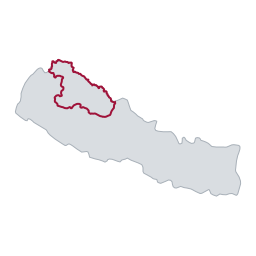 Nepal, with Karnali highlighted
{"feature_id": "NPL-1126", "entity_name": "Karnali", "entity_type": "Administrative Zone", "adm_level": 1, "iso_a3": "NPL", "parent_name": "Nepal", "parent_adm1": "", "projection": "natural_earth1", "projection_center": [82.262, 29.569], "detail": "fine", "context": "in_parent", "style": "outline", "palette": "rose", "viewbox_px": 256, "rotation_deg": 0, "n_neighbors": 0, "source": "natural_earth", "source_scale": "10m", "svg_char_len": 6324}
<svg xmlns="http://www.w3.org/2000/svg" viewBox="0 0 256 256"><path d="M238.7,145.4L239.8,146.3L240.0,147.8L239.8,149.5L238.7,153.0L237.7,155.6L236.5,160.9L235.5,170.1L235.8,171.7L239.1,177.0L240.5,181.1L240.6,183.8L239.3,188.5L237.8,193.7L237.0,194.9L236.2,195.3L232.1,193.5L229.3,193.7L226.1,194.8L222.7,194.6L219.9,194.0L216.5,196.1L213.1,194.9L210.9,193.6L209.4,190.0L208.8,189.5L201.8,193.3L200.1,193.5L195.7,191.5L192.1,189.5L190.7,188.9L187.3,188.1L184.1,187.6L180.7,186.4L176.5,188.0L174.8,187.9L173.2,186.7L172.4,184.2L172.1,181.9L170.7,180.3L168.5,180.0L165.4,181.4L160.8,183.3L159.4,183.0L158.0,182.4L157.5,181.9L156.9,179.7L156.1,179.3L155.1,179.2L153.2,178.7L150.9,177.0L143.9,173.2L143.0,171.5L143.0,167.8L142.6,166.2L141.7,164.6L138.1,162.9L131.1,160.2L127.3,158.1L125.4,159.1L121.9,160.0L120.0,161.9L117.7,161.3L112.3,159.3L109.4,159.0L107.6,159.7L107.2,160.8L105.0,162.1L102.9,161.1L98.8,159.7L95.1,158.9L89.6,157.2L89.0,154.6L88.0,152.0L86.7,151.5L81.7,152.1L77.2,149.2L72.3,145.6L70.3,144.4L68.9,143.9L67.7,144.4L66.4,145.3L65.1,145.5L62.5,143.9L59.1,141.7L55.0,139.0L50.1,135.1L48.1,133.0L47.2,131.3L46.2,129.8L42.0,127.3L38.7,125.3L34.7,122.9L34.0,122.5L32.5,121.0L30.1,119.2L28.2,118.7L27.6,119.7L27.1,120.7L25.5,120.5L22.9,118.7L20.2,116.8L18.1,115.0L15.9,113.2L15.4,111.8L16.3,107.7L17.6,104.1L18.7,103.3L20.4,101.0L21.1,96.8L21.1,93.3L22.8,88.3L25.2,83.0L29.3,77.3L31.0,75.4L33.0,74.1L36.8,69.9L37.5,69.2L39.2,68.2L40.8,67.9L42.0,68.4L43.2,70.6L44.8,72.7L46.6,72.6L48.7,70.8L53.2,62.6L59.4,60.9L65.3,61.8L70.5,63.0L72.0,65.7L73.0,68.6L73.7,70.1L75.4,71.8L82.7,75.9L86.9,79.6L92.8,84.6L97.2,86.7L101.1,86.9L103.4,88.9L106.7,92.8L109.5,97.2L113.0,101.3L115.4,101.2L118.7,99.9L122.7,98.1L125.1,99.0L127.3,100.1L128.1,102.2L129.4,106.3L130.9,110.4L133.2,111.9L135.9,114.1L137.5,115.8L142.6,118.9L143.3,120.2L144.4,121.1L145.6,121.6L146.7,122.2L148.3,122.5L154.2,120.6L155.8,120.8L156.7,121.2L156.7,121.9L155.7,124.8L154.8,128.6L155.7,130.4L158.2,131.2L163.7,131.8L171.1,131.7L173.4,133.6L175.7,136.5L178.0,141.4L178.9,143.5L180.0,144.0L181.9,143.2L182.2,141.2L182.3,138.2L183.9,137.2L184.9,138.0L186.2,140.3L189.3,142.4L191.5,143.4L193.6,143.1L194.5,142.3L195.5,138.2L197.1,137.6L199.2,137.9L200.1,138.7L200.9,140.3L203.5,141.1L206.0,142.1L208.4,143.4L211.8,146.5L216.0,147.0L220.8,147.0L223.3,147.0L225.2,147.2L226.9,147.0L231.8,144.9L233.8,144.7L236.3,145.0L238.7,145.4Z" fill="#d9dde1" stroke="#a8b0b8" stroke-width="1"/><path d="M58.7,59.9L59.3,60.1L62.6,61.8L63.2,61.9L63.8,61.8L64.4,61.6L65.0,61.5L66.2,62.0L67.1,61.9L67.7,62.1L67.9,62.2L68.2,62.7L68.4,62.9L68.7,63.0L69.0,62.9L69.2,62.7L69.5,62.6L70.7,62.6L71.3,62.6L71.7,62.9L71.8,63.4L71.5,65.3L71.6,66.2L71.9,66.8L72.4,67.1L73.1,67.4L73.6,67.8L73.4,68.5L72.8,69.8L72.8,70.2L73.0,70.9L73.3,71.6L73.5,72.0L74.1,72.1L74.6,71.9L75.1,71.8L76.3,72.6L76.9,72.7L77.4,72.7L78.1,72.9L78.3,73.1L78.6,73.6L78.8,73.8L79.3,73.9L79.7,73.8L80.1,73.8L80.6,74.1L80.9,74.6L81.4,75.1L81.9,75.5L82.4,75.8L83.7,76.2L84.2,76.5L86.3,79.3L86.8,79.7L87.1,79.7L87.7,79.5L87.9,79.5L88.3,79.7L88.3,80.0L88.1,80.3L88.1,80.7L88.3,81.3L90.0,82.7L90.5,83.5L90.8,83.8L91.1,84.0L91.5,84.1L91.8,84.3L92.0,84.7L92.3,85.3L92.9,85.1L93.5,84.6L94.1,84.4L94.3,84.5L94.8,85.0L95.0,85.2L95.3,85.2L95.9,85.1L96.2,85.2L97.8,86.7L98.0,87.0L98.4,87.8L98.7,88.1L99.1,88.0L99.2,87.7L99.3,87.2L99.4,86.8L99.6,86.8L100.4,86.6L101.0,86.5L101.3,86.5L101.6,86.6L102.0,86.9L102.1,87.1L102.2,87.6L102.3,87.7L102.5,87.9L103.0,88.0L103.8,88.9L104.1,89.3L104.1,89.8L104.0,90.1L103.9,90.3L103.7,90.5L103.7,90.9L104.2,91.6L105.9,91.2L106.7,92.0L106.7,92.6L106.7,93.1L106.7,93.6L107.6,94.3L107.6,94.7L107.6,95.1L107.7,95.5L108.1,95.9L108.4,96.0L108.7,96.3L109.0,97.2L109.3,97.5L110.0,97.9L110.5,98.2L110.8,98.7L111.0,100.0L111.1,100.7L111.2,101.1L111.4,101.3L111.7,101.5L112.4,101.6L112.7,101.8L113.0,102.0L114.1,102.3L114.6,102.3L115.0,102.1L115.2,103.3L115.1,103.5L114.8,103.9L114.5,104.2L114.2,104.6L114.1,105.0L113.9,107.6L113.8,108.1L113.6,108.4L113.3,108.6L111.8,110.7L111.3,111.7L110.4,114.4L110.0,115.0L107.5,116.0L106.9,116.3L106.3,116.6L105.0,116.9L104.5,116.9L103.6,116.7L103.0,116.8L102.5,116.7L101.8,116.4L101.0,116.3L99.9,116.0L95.8,113.8L95.2,113.6L94.8,113.5L93.1,113.7L91.7,113.5L91.4,113.6L91.1,113.7L90.6,113.8L90.2,113.6L88.9,112.6L88.7,112.4L88.7,112.0L88.7,111.6L88.7,111.1L88.6,110.6L88.5,110.4L87.4,109.2L86.9,108.7L86.6,108.5L85.0,108.0L83.3,107.2L82.7,107.2L82.4,107.4L82.3,107.5L82.0,107.6L81.7,107.7L81.2,107.7L80.7,107.4L80.4,107.1L80.3,106.9L80.3,106.7L80.4,106.4L80.5,106.1L80.5,105.9L80.6,105.6L80.6,105.2L80.6,104.9L80.4,104.5L79.2,103.9L77.1,103.9L76.7,104.0L73.9,105.3L73.7,105.5L73.1,106.3L72.9,106.5L72.7,106.7L72.5,106.9L72.3,107.2L72.1,107.6L71.7,108.1L71.4,108.2L71.0,108.2L70.8,108.1L70.6,107.8L70.4,107.5L70.3,107.4L70.2,107.3L69.7,107.1L67.2,108.3L65.0,108.1L64.4,107.9L63.8,107.6L63.4,107.4L62.9,107.2L61.4,106.9L59.1,106.1L58.2,105.9L57.7,105.7L57.5,105.3L57.5,105.0L57.5,104.2L56.8,103.3L56.4,102.9L56.1,102.6L55.2,102.0L55.0,101.8L54.9,101.4L54.8,100.9L55.1,98.8L54.8,98.3L54.7,97.9L54.7,97.6L54.8,97.3L55.1,96.9L56.0,96.0L56.4,95.6L57.5,95.3L57.9,95.2L58.4,95.2L58.7,95.2L58.9,95.3L59.6,96.0L59.8,96.2L60.2,96.2L60.7,96.1L61.6,95.8L61.8,95.2L61.5,94.6L61.2,94.0L61.1,93.2L61.1,92.4L61.2,91.8L61.4,91.2L61.7,90.8L62.8,90.0L63.2,89.6L63.4,88.8L63.4,88.3L63.4,87.6L63.3,87.3L63.1,87.1L62.6,86.9L62.0,86.7L61.7,86.4L61.3,86.1L61.1,85.7L60.9,85.1L60.9,84.7L60.9,84.4L61.7,81.8L61.8,81.0L61.9,79.9L61.9,79.5L62.0,79.2L62.5,78.7L62.9,78.3L63.0,78.1L63.1,77.8L63.1,77.4L62.9,77.1L62.7,76.9L62.3,76.7L61.2,76.5L60.8,76.3L60.4,76.0L60.1,75.9L59.6,75.8L57.5,75.8L57.2,75.9L56.9,76.0L56.3,76.3L55.6,77.4L55.4,77.5L55.1,77.5L54.8,77.3L54.3,76.9L54.1,76.6L54.1,76.3L54.2,75.7L54.2,75.3L54.2,75.0L54.1,74.7L53.9,74.5L53.8,74.2L53.5,73.6L53.4,73.1L53.1,73.0L52.5,73.0L51.6,73.1L51.3,73.0L51.1,72.9L50.8,72.6L50.5,72.4L50.0,72.1L49.3,71.7L49.1,71.5L49.2,71.3L49.3,70.7L49.1,70.0L49.1,69.7L49.4,69.5L49.8,69.5L50.2,69.5L50.6,69.4L51.0,69.1L51.4,68.7L51.6,68.1L51.7,67.1L52.0,66.4L52.1,66.1L52.1,65.8L51.9,65.3L51.9,65.0L51.9,63.8L52.0,63.3L52.3,62.8L52.4,62.4L52.3,61.8L52.4,61.4L53.0,61.2L53.5,61.4L54.5,62.5L55.0,62.8L55.8,62.9L56.1,62.8L56.4,61.5L56.5,61.2L57.3,61.0L57.6,60.8L57.8,60.5L57.9,60.2L58.0,60.0L58.7,59.9Z" fill="none" stroke="#9f1239" stroke-width="2"/></svg>